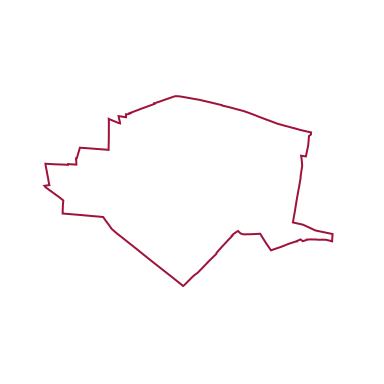 the district of Auce, Auces, Latvia, rotated 17°
{"feature_id": "27541924B35234927620739", "entity_name": "Auce", "entity_type": "district", "adm_level": 2, "iso_a3": "LVA", "parent_name": "Latvia", "parent_adm1": "Auces", "projection": "equal_earth", "projection_center": [22.905, 56.46], "detail": "fine", "context": "isolated", "style": "outline", "palette": "rose", "viewbox_px": 384, "rotation_deg": 17, "n_neighbors": 0, "source": "geoboundaries", "source_scale": "gbopen_adm2", "svg_char_len": 2644}
<svg xmlns="http://www.w3.org/2000/svg" viewBox="0 0 384 384"><g transform="rotate(17 192 192)"><path d="M312.3,206.7L316.1,204.0L316.0,203.8L319.5,202.6L324.0,201.3L327.6,200.5L330.4,199.5L330.6,199.5L333.3,198.7L334.4,198.5L335.7,198.4L337.6,198.3L340.4,198.2L340.3,197.9L338.7,191.1L321.3,192.7L307.7,190.8L297.4,191.6L296.5,184.4L296.4,183.4L295.2,174.4L294.3,168.0L293.5,161.0L293.1,158.1L293.0,156.2L292.9,155.7L291.7,146.5L291.3,145.4L289.9,136.0L289.9,135.4L289.7,134.7L287.2,128.4L285.7,125.4L290.5,124.7L289.5,113.4L287.5,104.3L288.9,102.3L288.5,100.2L276.6,101.1L276.0,101.0L261.9,101.5L253.4,101.7L244.4,101.1L243.5,101.1L232.6,100.4L230.9,100.2L224.9,99.8L218.1,99.5L203.3,100.0L202.7,100.0L195.6,100.5L195.4,100.2L185.2,100.8L175.2,101.5L172.9,101.6L154.1,103.9L151.6,104.3L149.6,104.8L149.2,104.9L148.8,105.0L148.6,105.1L148.3,105.2L147.9,105.4L147.4,105.6L139.6,111.3L131.8,117.0L130.8,117.6L129.9,118.2L130.4,118.7L122.2,124.9L121.4,125.5L119.5,126.9L115.3,130.2L114.0,131.2L109.3,134.8L109.8,135.0L107.9,136.4L106.1,137.0L107.1,139.8L103.6,140.3L99.6,140.9L101.5,144.4L102.4,145.8L103.1,147.4L102.2,147.4L101.7,147.5L92.5,146.6L91.0,146.4L91.5,147.8L91.9,148.9L96.4,163.8L96.8,165.3L97.0,165.9L99.9,176.1L98.8,176.3L88.7,178.6L81.0,180.3L71.9,182.4L71.8,183.0L71.9,184.4L71.9,188.7L72.0,192.4L72.0,192.5L71.9,193.8L71.7,194.3L71.4,194.2L71.5,194.6L72.0,195.6L72.4,196.5L73.4,199.6L65.2,201.6L65.4,202.3L61.3,203.3L52.0,205.8L43.6,207.8L44.2,209.2L45.2,211.2L46.5,213.6L47.1,214.7L48.3,217.1L50.5,221.2L52.3,224.8L53.6,227.1L49.1,229.2L49.8,229.7L50.6,230.3L64.2,235.0L64.4,235.0L71.4,237.7L71.7,239.1L72.3,242.0L74.0,248.3L74.6,250.4L85.6,248.0L89.7,247.1L96.4,245.7L100.0,244.9L103.6,244.2L108.5,243.1L114.3,241.9L114.9,242.3L115.5,242.8L117.4,244.3L119.4,245.8L120.5,246.6L121.5,247.3L122.8,248.3L126.2,250.9L132.1,253.5L142.2,257.4L144.7,258.4L147.2,259.4L149.3,260.2L156.5,263.0L158.9,264.0L162.6,265.5L177.0,271.2L178.6,271.8L195.7,278.4L200.3,280.2L208.6,283.5L210.9,284.5L211.9,283.2L215.0,277.3L215.6,276.3L215.8,275.8L217.5,272.6L219.1,270.1L221.0,267.7L222.4,265.0L222.5,264.7L223.6,262.7L225.6,258.7L227.2,255.6L227.8,254.5L227.8,254.4L227.7,254.4L228.7,252.5L230.3,249.7L231.7,247.1L233.4,244.0L233.2,243.2L236.0,237.0L240.1,228.5L243.3,222.2L242.9,222.1L243.9,220.1L247.0,216.2L247.5,216.2L247.7,215.9L248.3,216.3L250.5,217.4L252.1,217.5L252.7,217.5L253.8,217.4L261.7,214.8L269.4,212.0L269.6,212.2L277.7,219.2L284.6,224.7L285.1,224.3L293.5,218.2L300.0,213.0L304.3,210.0L305.5,209.2L306.1,208.9L305.9,208.8L308.3,206.8L309.4,205.9L309.7,205.6L312.3,206.7Z" fill="none" stroke="#9f1239" stroke-width="2"/></g></svg>